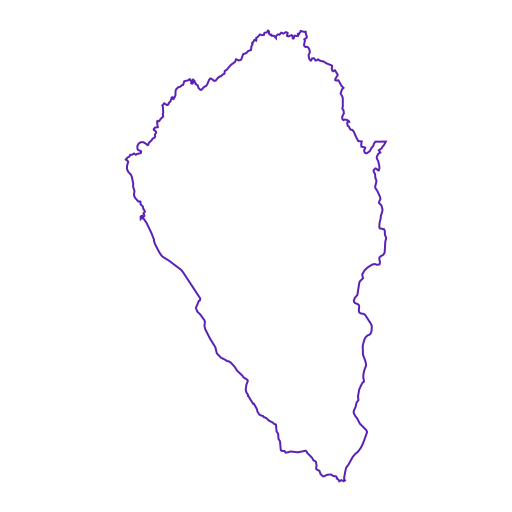 Thyolo, Thyolo, Malawi (Equal Earth projection)
{"feature_id": "42251766B18929072887304", "entity_name": "Thyolo", "entity_type": "district", "adm_level": 2, "iso_a3": "MWI", "parent_name": "Malawi", "parent_adm1": "Thyolo", "projection": "equal_earth", "projection_center": [35.104, -16.129], "detail": "fine", "context": "isolated", "style": "outline", "palette": "violet", "viewbox_px": 512, "rotation_deg": 0, "n_neighbors": 0, "source": "geoboundaries", "source_scale": "gbopen_adm2", "svg_char_len": 5960}
<svg xmlns="http://www.w3.org/2000/svg" viewBox="0 0 512 512"><path d="M125.8,159.6L127.2,160.4L128.2,161.8L127.0,166.0L127.0,169.1L128.1,171.6L130.9,174.7L131.8,176.7L133.2,183.4L133.1,186.5L134.5,191.3L134.0,194.0L134.3,196.4L135.3,198.1L138.4,201.6L140.1,201.4L140.5,201.9L140.6,204.2L142.8,206.5L143.5,209.4L144.0,209.6L144.9,211.6L143.5,213.3L144.3,215.3L144.2,216.1L142.7,217.2L142.2,215.8L141.1,216.2L140.6,216.7L140.7,218.6L140.9,218.3L143.6,218.6L146.6,223.0L151.4,233.0L153.9,239.4L154.0,241.1L155.0,244.0L159.0,251.8L161.1,255.1L162.6,256.7L168.9,260.6L181.2,269.9L183.4,272.8L200.2,298.4L200.0,300.3L198.9,300.8L195.7,308.4L195.9,308.2L197.3,311.6L200.1,314.3L204.4,320.2L204.9,321.4L204.5,326.0L205.1,328.9L210.1,338.8L215.3,347.1L216.8,353.3L221.0,357.7L225.8,360.1L226.9,361.1L228.7,361.3L230.8,362.6L234.6,366.7L237.1,370.7L242.2,375.5L243.6,377.4L247.5,379.9L247.8,381.0L246.4,384.7L245.7,389.8L246.4,392.4L248.2,395.2L247.9,396.0L248.7,396.7L253.2,403.9L253.9,403.7L257.0,409.3L257.4,411.6L259.3,414.5L260.3,415.2L263.2,416.1L264.0,417.3L265.2,417.5L267.0,418.7L268.9,420.6L272.8,422.6L274.2,424.0L275.9,424.5L276.6,431.5L278.1,433.7L278.5,438.9L280.0,441.3L280.7,449.3L281.0,450.3L281.5,450.8L284.5,451.0L285.2,452.2L285.9,452.7L290.8,451.5L298.0,452.3L305.7,450.7L306.7,451.7L307.3,453.0L312.1,457.8L313.4,460.3L315.6,461.4L315.9,462.0L316.6,465.7L316.1,467.9L316.2,468.7L316.7,469.5L319.4,470.8L320.6,474.2L323.0,476.3L324.0,476.3L327.4,474.7L331.0,474.5L333.1,475.9L336.0,476.4L336.9,477.5L336.8,478.5L338.4,479.6L339.3,481.3L341.4,480.1L343.6,481.2L345.0,480.5L344.2,479.2L344.1,477.7L345.7,469.4L346.4,467.3L348.4,464.7L352.8,456.8L355.0,454.2L358.0,451.7L360.9,447.7L362.9,443.7L367.1,432.1L366.3,430.1L359.8,423.6L357.3,418.6L355.0,415.6L353.7,412.8L353.7,411.9L353.9,410.4L355.5,407.2L356.5,402.8L358.4,400.1L358.0,396.3L359.2,389.5L361.6,384.3L362.7,382.5L363.8,381.8L364.0,381.1L363.3,377.4L363.4,374.3L364.2,370.6L365.9,365.9L366.1,364.5L365.3,360.9L363.0,354.8L362.7,346.3L363.1,344.1L364.3,339.8L365.6,337.2L367.5,335.5L369.8,334.5L371.0,332.9L371.6,330.8L371.8,326.0L371.0,324.0L365.3,315.1L363.8,314.0L360.5,313.3L359.4,312.6L358.8,310.6L359.2,306.6L358.9,305.2L358.0,304.3L355.0,303.0L354.1,302.0L353.8,300.6L354.8,297.9L357.4,294.9L359.3,282.6L359.9,281.3L363.0,278.3L362.2,274.5L364.7,270.2L367.5,267.5L372.4,264.5L374.7,264.0L376.9,264.8L379.2,264.5L379.7,264.0L380.0,262.6L379.3,258.9L379.5,257.4L380.9,256.1L383.1,254.9L384.3,253.3L384.7,251.9L385.3,241.6L386.2,238.0L384.9,234.7L384.8,230.9L384.0,229.2L379.9,228.4L379.3,227.2L379.5,223.3L380.7,218.2L380.9,215.8L382.2,211.7L382.5,209.4L381.4,205.4L379.1,203.0L378.9,202.3L380.4,199.1L380.1,197.1L377.4,191.1L375.3,188.0L375.2,186.5L376.4,181.5L376.2,179.9L375.4,178.1L375.1,174.3L373.8,171.7L373.5,170.3L375.4,168.4L376.5,168.8L377.9,170.3L378.4,170.5L379.0,170.2L379.4,168.0L379.2,165.7L378.3,161.3L376.9,158.6L376.7,157.1L378.2,153.8L380.3,152.6L378.8,150.3L381.5,148.5L382.5,146.7L383.8,145.3L385.8,141.6L375.3,141.7L373.8,144.0L373.3,146.0L372.1,147.1L369.6,151.3L366.7,153.3L365.6,153.2L364.6,152.4L364.1,150.3L365.3,147.9L364.8,147.4L361.4,146.6L361.2,144.4L361.7,141.5L358.3,141.1L356.6,138.1L353.8,131.7L352.3,129.9L350.8,129.7L349.9,128.8L349.1,126.8L347.6,125.7L347.2,122.7L347.5,122.1L349.2,121.8L348.9,121.2L347.3,120.1L345.1,119.5L343.4,120.1L342.5,119.3L342.2,117.9L342.3,116.4L343.9,113.2L343.5,110.3L342.3,108.7L342.8,106.4L342.8,98.5L342.5,97.0L340.6,93.3L342.1,89.2L343.5,87.9L341.3,85.6L338.6,80.5L338.1,80.2L336.4,80.6L335.3,80.2L335.4,78.7L337.3,75.8L337.6,75.2L337.5,74.4L335.0,70.3L334.3,70.4L333.3,71.3L332.3,70.7L331.7,68.5L332.2,66.4L332.0,65.6L325.9,63.1L323.9,61.6L319.4,60.5L318.5,59.5L317.9,59.4L316.6,60.4L315.5,60.5L314.3,58.5L313.7,58.2L312.0,58.5L311.2,60.5L310.7,60.6L309.8,59.7L309.1,58.5L308.6,55.5L308.7,54.8L309.9,52.2L309.3,49.3L308.2,47.5L307.2,46.8L305.5,47.0L304.5,46.2L304.0,45.0L304.9,40.7L304.3,39.3L306.4,38.0L306.9,36.7L306.1,34.7L305.6,31.7L304.7,32.0L300.8,31.0L300.7,31.7L299.7,32.5L299.2,33.9L298.0,33.9L298.3,35.3L298.0,36.0L294.5,35.7L293.7,38.4L293.2,38.6L292.7,38.3L292.5,36.1L291.6,35.1L288.5,36.4L287.3,36.1L286.9,35.6L287.6,33.7L287.6,32.9L286.0,32.1L283.3,33.6L281.2,32.7L279.5,34.7L278.4,34.4L277.3,34.8L275.8,36.5L275.9,38.0L273.9,35.8L271.6,35.7L271.1,35.4L271.2,34.6L269.6,34.5L268.9,33.4L269.1,31.9L268.8,31.3L268.5,30.7L267.9,30.7L267.7,31.5L266.3,32.5L264.6,32.8L264.2,33.4L264.0,34.8L262.3,35.2L259.9,34.5L257.4,37.3L256.3,37.8L256.3,40.1L256.1,40.6L255.2,39.7L254.2,40.1L253.7,41.4L252.3,42.6L252.1,43.3L252.6,43.7L252.5,44.5L251.4,46.3L251.0,50.0L248.2,51.0L246.5,52.9L245.4,53.4L243.2,54.1L241.3,59.4L240.9,59.8L238.8,60.5L236.1,59.3L235.0,61.9L230.9,64.9L226.6,69.9L224.8,70.9L224.4,73.8L222.7,74.5L220.9,76.3L219.7,76.4L218.9,77.4L218.3,77.4L215.7,80.6L214.2,80.9L211.2,78.6L210.0,78.6L208.9,80.3L207.6,83.6L206.2,85.9L203.9,87.1L201.6,89.7L200.4,89.9L198.6,88.1L197.7,85.4L195.6,84.1L195.7,83.3L194.9,82.4L194.5,81.0L193.2,79.6L192.6,79.6L192.6,80.4L193.5,81.3L193.4,82.1L192.6,83.5L192.1,83.7L191.2,83.2L191.5,82.6L191.3,81.8L189.7,79.2L188.2,80.3L184.3,81.2L183.1,84.9L182.0,85.2L180.0,86.8L178.3,87.2L176.1,89.4L175.6,90.8L175.4,95.6L173.8,98.7L173.3,99.1L172.8,98.7L172.6,97.3L172.1,97.2L171.6,97.7L170.6,101.2L168.7,103.0L168.4,104.4L167.9,104.8L166.8,105.0L164.2,103.3L162.3,105.5L163.0,107.5L163.2,112.7L162.8,114.1L163.2,116.7L161.2,118.3L159.2,121.0L158.7,121.3L157.6,120.9L157.1,121.4L157.2,123.6L157.8,127.2L154.9,127.6L153.7,129.2L153.9,130.0L155.4,130.9L156.1,132.1L156.0,132.9L154.9,134.6L155.1,136.8L154.8,137.4L152.7,138.6L151.5,140.4L149.1,142.5L148.1,145.0L147.5,145.1L145.5,143.4L143.3,142.2L141.5,142.1L139.9,142.7L138.4,144.0L137.4,145.9L137.4,148.3L137.8,149.6L138.2,150.0L141.1,151.3L141.0,152.7L140.5,153.2L137.2,153.9L136.2,154.6L135.6,154.7L134.1,153.5L132.1,154.7L130.3,154.8L129.3,156.6L127.2,157.8L125.8,159.6Z" fill="none" stroke="#5b21b6" stroke-width="2"/></svg>